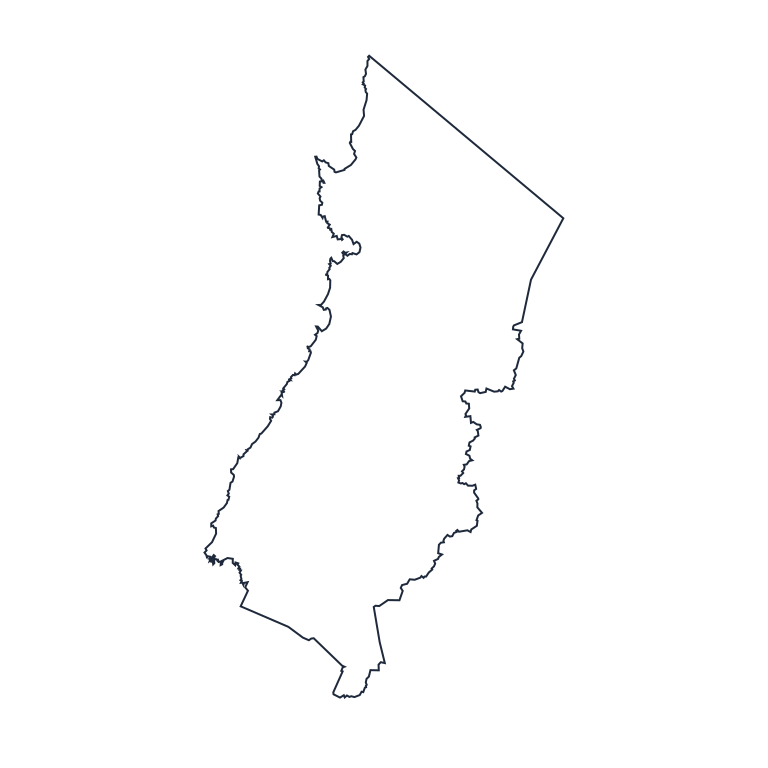 Bega Valley, New South Wales, Australia, rotated 194°
{"feature_id": "25037944B16891547173569", "entity_name": "Bega Valley", "entity_type": "district", "adm_level": 2, "iso_a3": "AUS", "parent_name": "Australia", "parent_adm1": "New South Wales", "projection": "natural_earth1", "projection_center": [149.95, -36.816], "detail": "fine", "context": "isolated", "style": "outline", "palette": "slate", "viewbox_px": 768, "rotation_deg": 194, "n_neighbors": 0, "source": "geoboundaries", "source_scale": "gbopen_adm2", "svg_char_len": 6144}
<svg xmlns="http://www.w3.org/2000/svg" viewBox="0 0 768 768"><g transform="rotate(194 384 384)"><path d="M477.8,698.9L478.6,697.5L477.0,695.7L478.2,693.4L477.0,688.6L478.1,684.6L476.5,680.6L477.0,678.0L478.2,676.8L476.9,672.7L477.6,671.6L476.4,670.6L477.0,669.7L474.5,669.0L474.5,667.1L472.8,665.9L473.2,664.9L472.4,663.0L470.6,661.6L469.6,655.2L470.2,645.2L468.2,639.3L470.8,628.5L473.1,623.7L475.2,621.7L475.3,618.7L476.4,618.2L474.4,611.0L475.2,611.0L475.5,609.6L471.0,604.5L468.5,603.1L468.7,600.0L465.6,597.1L466.0,595.0L469.1,588.5L474.3,583.2L474.1,582.2L481.8,577.7L483.3,577.9L484.2,580.0L490.3,582.2L491.4,584.8L494.2,584.9L496.5,586.5L497.8,585.0L503.1,586.3L504.5,588.3L505.7,587.9L501.9,581.4L499.7,579.5L499.5,577.3L498.0,576.7L498.6,575.4L496.8,569.7L494.4,568.1L493.7,566.3L492.2,566.8L490.6,564.8L491.4,564.6L492.2,566.0L495.2,564.9L494.3,560.6L492.3,559.9L493.8,558.1L493.1,555.3L494.0,555.0L494.3,552.8L491.0,550.5L491.4,548.7L490.3,546.4L487.7,545.0L487.6,542.9L490.1,541.7L488.4,532.6L486.3,532.7L483.8,530.3L483.8,531.7L482.1,532.5L479.4,527.5L478.1,527.9L477.9,526.3L475.2,525.5L476.4,522.2L476.1,521.9L474.4,522.0L473.5,520.7L472.6,521.5L471.5,518.9L469.1,517.7L469.6,514.1L465.7,516.2L463.9,513.1L460.2,514.5L459.6,513.7L459.1,514.4L460.8,516.0L460.8,518.3L458.8,519.1L455.2,518.1L454.0,519.1L449.9,516.2L447.4,512.4L444.9,515.4L441.9,514.2L439.8,510.7L439.7,506.0L442.0,503.1L446.3,503.4L446.5,502.1L448.7,501.9L450.5,499.6L453.2,500.7L452.1,502.5L453.4,501.9L455.3,502.8L456.2,501.3L454.6,499.9L453.8,500.4L454.6,498.6L453.5,496.4L455.5,492.1L458.4,489.2L462.1,491.1L463.5,490.9L465.7,493.7L466.3,492.7L466.2,490.4L464.9,488.0L466.2,487.1L464.3,485.8L465.2,483.4L464.5,482.3L466.0,479.1L465.7,476.6L467.4,476.0L464.5,475.6L463.7,472.1L462.5,472.7L461.2,471.6L459.6,464.4L460.1,457.6L462.2,449.4L464.2,445.6L466.7,444.8L462.0,443.6L460.4,441.4L458.5,442.1L458.4,443.5L457.3,444.1L454.8,442.7L451.8,436.6L451.6,429.0L453.5,423.8L457.1,420.2L462.1,423.7L463.8,423.4L460.7,419.9L460.9,417.3L462.8,415.1L460.9,414.2L460.9,410.4L464.2,402.9L466.0,401.7L468.2,401.9L466.5,401.5L466.5,400.2L464.5,399.6L464.5,397.7L463.2,398.0L462.5,396.7L463.3,388.8L464.3,386.9L465.6,386.7L464.1,385.8L464.8,381.9L469.6,373.1L471.4,371.9L472.8,372.7L472.8,370.9L474.5,370.8L476.0,368.1L475.3,367.0L476.8,365.8L475.9,365.2L477.1,365.1L476.6,364.0L478.2,362.7L478.3,360.4L480.7,355.4L479.6,354.7L480.5,353.7L479.6,352.8L481.3,352.2L479.9,351.7L481.2,350.8L480.0,347.8L481.1,348.5L483.6,342.5L480.6,343.3L479.0,341.0L478.8,337.3L480.3,331.9L483.4,329.7L483.0,328.1L485.6,327.3L484.2,326.7L483.9,325.3L484.3,324.3L486.4,324.3L486.2,322.5L484.6,321.0L486.6,314.8L491.0,306.3L492.4,305.4L492.8,301.5L494.8,297.0L497.5,293.8L498.2,290.0L500.4,287.7L500.2,286.6L501.3,286.5L500.6,285.8L503.3,281.8L502.9,280.1L505.6,277.5L507.0,278.3L506.4,277.1L507.6,277.3L507.2,271.7L509.8,264.9L511.8,264.2L510.9,261.1L507.8,259.5L507.1,257.8L507.4,252.7L509.0,251.0L508.4,244.0L509.6,242.4L508.1,240.1L509.0,238.0L506.9,237.2L506.9,234.0L507.7,233.6L507.6,230.5L509.7,225.3L513.8,220.7L512.9,218.0L513.9,217.3L513.0,215.7L514.6,212.7L514.4,210.8L517.9,207.0L517.2,204.1L515.5,205.2L514.3,203.6L512.3,203.6L510.7,198.2L512.6,188.9L517.4,181.2L515.9,179.6L517.4,177.0L514.9,174.9L513.4,172.0L513.9,174.2L510.7,174.4L510.2,173.4L511.1,172.2L510.2,172.2L510.3,170.5L509.4,171.8L509.5,169.9L508.6,169.8L507.6,171.3L506.1,167.7L505.3,169.1L506.1,171.3L508.8,174.3L507.8,176.8L506.4,176.1L507.1,174.9L505.4,173.0L504.0,173.5L502.9,172.3L502.4,173.0L501.4,171.3L499.3,172.4L498.7,168.8L497.4,169.9L498.1,172.8L496.4,172.6L498.3,173.3L493.7,177.3L488.4,177.8L487.5,173.8L484.6,172.2L484.9,174.9L482.1,174.7L482.6,173.3L480.1,171.8L480.7,169.8L479.1,170.0L479.4,168.7L477.7,168.6L478.5,166.0L476.4,164.3L476.7,163.2L475.2,160.4L475.8,159.0L474.5,158.8L474.8,156.5L473.5,157.1L471.8,155.0L471.8,157.1L468.4,158.7L469.5,153.1L466.0,150.5L469.3,133.6L418.0,125.2L401.4,118.3L394.9,117.2L393.0,119.4L390.7,120.3L356.6,100.6L354.0,100.1L355.5,99.1L356.0,95.3L354.6,95.1L358.6,72.6L357.9,70.7L350.8,69.1L347.7,72.3L346.3,70.4L344.6,72.8L341.9,72.0L340.3,73.1L336.9,73.1L332.3,76.3L331.3,80.0L329.6,80.0L329.1,84.7L328.0,85.5L328.6,86.8L328.0,87.9L329.5,90.1L329.6,93.7L327.9,96.4L327.9,103.1L319.8,104.9L321.4,110.4L319.8,113.3L315.7,113.4L325.7,132.4L340.0,165.2L338.6,166.8L334.9,167.4L327.9,175.3L316.7,177.9L315.8,187.8L318.4,190.2L317.8,193.3L313.2,195.8L311.8,200.7L306.8,201.5L301.9,204.9L301.2,206.7L298.7,205.5L298.1,207.0L296.6,207.3L294.9,212.0L292.3,215.6L293.1,216.5L291.4,219.1L290.9,222.1L292.7,224.5L289.2,227.4L289.0,229.4L286.5,232.6L290.5,232.9L291.8,241.3L290.4,243.8L287.6,244.9L288.4,246.1L288.2,248.4L285.9,252.9L283.2,251.9L280.9,252.9L280.1,256.4L277.8,258.0L278.4,258.9L277.5,260.1L275.5,258.8L267.7,262.2L264.2,261.3L264.1,264.0L259.6,268.9L260.2,274.0L261.3,274.2L260.8,279.2L257.7,282.7L263.6,286.9L264.4,290.6L266.1,293.1L264.6,294.9L264.9,295.8L270.3,300.4L270.8,302.6L269.2,304.5L271.1,308.4L273.5,306.7L277.9,305.7L280.5,307.5L282.0,306.2L283.9,306.9L285.4,306.1L288.0,306.4L287.8,308.6L289.4,310.5L288.4,310.9L289.3,313.0L287.6,313.4L285.6,316.8L287.2,318.1L285.7,320.5L285.8,323.3L287.0,324.9L284.3,326.0L282.8,329.8L279.9,331.3L282.3,332.3L283.8,335.1L287.6,335.9L287.6,338.5L284.8,340.7L284.9,344.4L286.8,344.6L286.9,348.0L283.9,350.6L282.7,353.0L283.1,354.1L279.9,356.8L281.6,361.0L282.8,361.9L279.6,364.5L279.7,365.7L281.0,367.6L284.3,367.3L288.2,368.8L290.2,367.3L292.4,373.7L297.2,371.8L296.9,373.6L297.7,374.6L295.4,380.9L296.9,385.4L299.4,385.0L300.8,386.7L303.5,386.3L306.3,390.7L303.7,394.9L303.6,397.4L294.1,398.6L294.1,400.5L291.8,401.3L290.3,398.9L288.5,398.4L283.4,400.9L283.5,404.4L275.3,403.2L271.8,404.4L270.9,406.0L268.5,405.0L267.4,405.9L265.8,410.7L260.6,409.4L257.3,410.8L259.3,412.9L258.4,416.5L259.3,417.8L257.9,419.1L259.2,420.5L258.3,424.6L261.3,428.7L259.4,431.1L259.1,442.2L257.6,444.2L256.6,449.2L258.6,452.2L259.3,456.9L265.6,459.7L263.7,460.7L265.0,464.7L263.9,468.8L272.1,468.2L272.5,470.9L272.1,472.3L265.1,477.4L266.6,520.8L250.1,588.2L477.8,698.9Z" fill="none" stroke="#1e293b" stroke-width="2"/></g></svg>